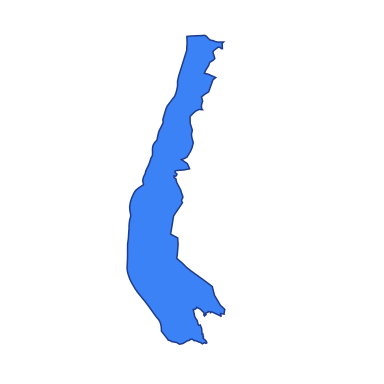 the district of Drobeta-Turnu Severin, Romania, rotated 64°
{"feature_id": "2599482B41880521076659", "entity_name": "Drobeta-Turnu Severin", "entity_type": "district", "adm_level": 2, "iso_a3": "ROU", "parent_name": "Romania", "parent_adm1": "", "projection": "equal_earth", "projection_center": [22.617, 44.673], "detail": "fine", "context": "isolated", "style": "filled", "palette": "blue", "viewbox_px": 384, "rotation_deg": 64, "n_neighbors": 0, "source": "geoboundaries", "source_scale": "gbopen_adm2", "svg_char_len": 4980}
<svg xmlns="http://www.w3.org/2000/svg" viewBox="0 0 384 384"><g transform="rotate(64 192 192)"><path d="M49.9,128.4L56.6,131.4L59.0,132.9L60.9,133.9L62.3,134.6L82.0,153.2L86.0,156.4L89.5,158.1L91.1,159.0L94.6,161.8L97.0,164.0L98.7,166.1L99.6,168.2L103.6,176.1L105.4,178.5L113.9,186.3L115.1,186.8L117.0,187.5L119.8,191.0L122.4,194.5L124.7,196.7L130.1,200.9L130.9,203.3L131.8,204.8L132.7,206.2L134.0,207.4L135.0,208.1L136.8,209.1L138.9,210.0L140.3,210.7L141.7,211.5L142.5,212.4L142.9,213.1L143.4,213.8L143.8,214.3L145.0,215.4L146.5,216.8L148.6,219.0L150.3,221.2L152.7,224.2L153.9,225.2L155.1,226.1L155.4,226.6L156.4,227.9L157.7,229.4L159.1,230.5L160.0,231.2L161.4,231.7L162.5,231.9L163.7,232.1L164.0,232.4L164.3,233.0L164.6,235.7L164.9,238.0L165.6,241.0L166.4,243.0L168.0,245.3L168.9,246.4L170.1,247.8L171.6,249.5L174.2,251.9L177.6,254.3L179.2,255.1L181.6,256.0L184.1,256.7L185.9,257.2L186.9,257.8L187.7,258.3L188.9,259.5L190.7,260.9L194.9,263.5L196.7,264.3L200.8,266.7L206.1,269.7L209.2,271.8L211.1,273.0L216.2,275.5L221.3,278.0L224.6,279.7L227.3,281.2L231.8,283.7L234.0,284.5L236.1,285.1L238.3,285.5L240.1,285.7L242.2,286.0L245.7,286.1L248.5,286.0L251.2,285.7L254.4,285.5L255.4,285.3L258.2,284.9L260.5,284.4L268.9,282.4L273.2,281.5L276.4,280.9L278.2,280.6L283.5,279.7L285.6,279.4L288.6,278.8L290.2,278.4L291.8,278.0L292.8,277.8L293.4,277.8L294.6,277.8L295.6,277.8L296.1,277.9L298.0,278.3L299.3,278.6L300.9,279.3L302.2,279.8L303.6,280.5L313.0,278.5L313.9,278.4L314.0,278.4L314.3,278.4L314.5,278.3L314.7,278.2L314.8,278.2L315.0,277.9L315.2,277.6L315.4,277.4L315.5,277.3L315.7,277.1L315.8,276.9L316.0,276.6L316.3,276.5L316.5,276.5L316.8,276.4L317.0,276.3L317.2,276.2L317.4,276.0L317.6,275.8L317.7,275.6L317.8,275.4L318.5,274.5L320.1,272.4L320.5,271.8L323.3,270.0L323.4,269.8L324.2,266.6L323.7,261.3L324.0,260.3L324.1,259.6L324.1,259.1L323.7,258.7L324.2,256.4L325.0,256.0L325.4,255.8L325.8,255.6L326.7,255.1L326.9,254.3L327.8,253.4L328.2,253.0L328.3,252.9L330.1,251.4L330.8,250.5L331.0,250.3L331.4,250.1L333.0,249.3L333.0,248.4L333.0,246.8L334.0,246.0L334.1,245.4L334.1,244.8L333.3,244.7L332.7,244.6L331.9,244.8L330.1,245.3L329.5,245.7L328.8,246.0L328.7,246.0L328.3,246.0L327.9,246.0L327.5,245.3L327.1,245.1L326.8,245.3L326.4,245.3L325.9,244.9L324.4,244.5L324.3,245.2L324.1,245.2L323.8,245.1L320.8,243.9L318.9,243.2L315.1,242.9L315.0,243.8L314.8,244.3L314.7,244.4L314.3,244.4L313.3,244.5L309.8,243.7L308.8,243.8L307.2,244.1L305.8,244.2L304.0,243.9L302.7,243.5L299.7,242.8L299.1,242.7L298.3,242.5L298.3,241.5L298.6,241.5L298.7,239.9L298.1,239.0L297.7,238.2L298.0,238.0L298.3,238.3L298.7,237.6L298.8,237.5L299.6,236.8L300.4,236.2L301.6,235.7L302.9,235.1L303.9,235.0L304.8,234.4L305.4,234.3L307.0,234.2L307.1,234.8L307.5,234.7L307.5,235.0L307.8,235.0L308.2,235.0L308.3,235.3L308.9,235.2L308.4,233.1L307.0,233.0L307.0,232.7L306.9,232.5L307.1,230.4L306.5,229.9L306.7,229.5L306.8,229.4L307.0,229.1L307.2,228.8L307.3,228.7L307.5,228.5L308.0,228.1L308.6,228.3L308.6,228.0L308.0,227.8L308.5,226.7L312.3,223.6L316.0,220.6L316.9,220.4L313.8,219.6L313.9,219.4L314.1,219.2L315.8,216.7L315.5,216.6L315.3,216.4L314.5,215.9L313.6,215.3L313.0,214.8L312.4,214.4L312.2,214.2L311.9,214.0L311.7,214.1L311.4,214.2L310.9,214.4L309.9,214.8L309.5,214.9L309.4,215.0L308.0,215.4L307.7,215.6L306.8,216.0L306.7,216.1L306.3,216.1L306.1,216.2L305.9,216.2L301.6,216.5L294.9,217.1L294.6,217.1L294.1,216.9L293.8,216.9L291.0,216.3L289.1,215.9L288.0,215.7L285.9,215.2L277.8,219.3L262.1,227.7L256.8,230.2L256.1,230.4L252.2,231.7L247.6,233.7L244.9,234.9L243.5,233.8L241.9,232.7L233.1,227.5L226.9,225.0L223.4,227.6L220.5,229.7L215.3,226.0L214.9,225.7L212.2,223.8L206.2,219.6L205.3,218.9L197.4,205.2L195.4,205.3L193.8,203.9L193.3,203.0L192.1,202.2L188.7,201.9L185.3,201.3L181.5,201.4L179.2,201.5L176.7,201.6L173.0,200.7L171.1,201.8L169.6,201.0L170.7,199.7L170.0,198.2L169.2,197.6L167.4,198.5L166.0,198.4L165.8,197.3L165.8,196.9L168.5,189.9L169.7,185.7L170.1,184.0L168.9,183.9L164.4,183.8L158.2,187.3L158.3,186.4L158.6,183.8L158.4,181.1L157.9,180.4L157.1,179.1L155.4,176.5L154.9,175.7L153.3,173.8L151.9,172.2L151.5,171.9L148.7,169.6L148.4,169.3L146.4,168.9L143.2,168.3L142.3,168.0L139.9,167.2L139.5,166.9L136.8,164.7L134.9,164.3L134.7,164.3L129.4,163.5L128.8,163.2L128.5,163.0L127.3,162.5L123.3,160.7L123.2,160.5L122.7,159.0L121.8,156.5L120.9,153.4L120.9,149.6L121.0,149.4L121.8,148.0L122.3,147.0L122.6,146.5L121.8,146.6L120.9,146.7L120.0,146.3L118.0,145.4L114.9,142.6L113.0,142.2L110.7,141.8L110.5,141.0L109.8,137.9L109.3,133.3L108.0,131.8L106.7,130.5L105.5,129.3L103.0,126.7L100.4,124.1L99.5,120.5L96.2,123.3L92.9,126.1L90.8,128.8L88.8,126.7L86.8,123.5L85.7,121.7L83.2,119.2L82.9,115.3L82.1,113.0L79.4,112.5L77.3,112.2L75.3,111.9L74.3,110.1L73.7,106.9L73.3,104.8L74.5,103.4L76.0,102.8L76.5,101.8L71.7,99.8L71.0,97.9L70.7,98.5L69.6,100.9L68.5,103.3L66.8,105.3L65.0,106.8L63.7,108.8L61.3,110.0L58.3,110.8L56.8,111.9L55.1,116.0L54.5,117.2L51.3,124.7L49.9,128.4Z" fill="#3b82f6" stroke="#1e3a8a" stroke-width="1.5"/></g></svg>